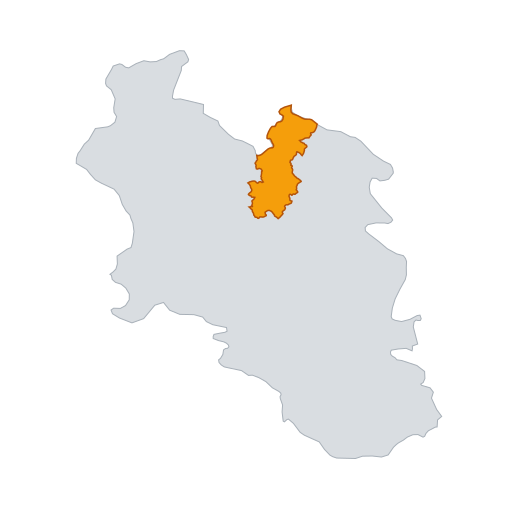 Raški on a map of Republic of Serbia (Equal Earth projection), rotated 175°
{"feature_id": "SRB-834", "entity_name": "Raški", "entity_type": "District", "adm_level": 1, "iso_a3": "SRB", "parent_name": "Republic of Serbia", "parent_adm1": "", "projection": "equal_earth", "projection_center": [20.586, 43.343], "detail": "fine", "context": "in_parent", "style": "filled", "palette": "amber", "viewbox_px": 512, "rotation_deg": 175, "n_neighbors": 0, "source": "natural_earth", "source_scale": "10m", "svg_char_len": 9203}
<svg xmlns="http://www.w3.org/2000/svg" viewBox="0 0 512 512"><g transform="rotate(175 256 256)"><path d="M291.6,187.3L305.0,191.3L311.2,195.0L314.4,199.8L323.0,203.0L337.0,204.5L346.7,209.5L352.2,217.8L361.1,215.8L373.4,203.4L385.4,200.2L397.4,206.1L404.0,211.0L405.1,214.8L402.4,216.4L395.7,215.6L390.3,218.0L386.1,223.4L385.5,229.2L388.5,235.4L392.8,239.7L398.3,242.0L401.3,245.2L401.7,249.4L403.1,250.5L400.0,252.4L396.7,255.2L394.8,260.1L394.4,268.0L383.8,274.1L379.8,275.3L378.1,279.4L375.4,291.0L375.8,299.7L377.3,304.1L378.0,307.7L381.5,312.2L384.7,319.0L386.9,328.1L391.6,335.0L403.5,341.9L409.4,345.9L413.8,351.7L417.2,357.0L427.0,364.0L426.4,368.9L424.3,373.8L422.1,376.1L417.3,382.4L412.6,386.0L404.9,397.0L392.5,397.6L389.6,398.5L384.9,401.6L382.7,407.1L384.9,411.6L384.8,416.1L382.6,424.8L385.7,434.2L390.1,438.5L390.8,441.0L390.1,445.4L383.7,454.4L381.7,457.7L375.2,459.3L372.9,458.5L369.5,455.4L366.4,454.5L358.6,458.1L350.7,460.3L344.5,458.6L338.3,458.4L334.0,459.9L330.8,460.5L324.5,464.4L314.4,467.2L309.7,466.6L307.9,462.9L306.0,457.7L306.9,455.4L313.6,451.3L314.3,447.3L323.6,428.5L325.3,422.4L325.4,420.4L323.0,419.1L317.8,419.1L295.1,411.5L296.1,402.7L289.4,398.0L282.2,393.8L281.0,389.2L272.9,379.7L267.1,374.4L259.6,371.8L253.2,367.9L249.4,365.5L247.6,361.1L247.6,358.5L245.7,356.0L242.6,356.3L237.4,359.8L230.9,362.8L229.8,365.0L232.1,370.2L233.8,373.5L233.0,376.7L231.0,380.7L218.6,389.5L217.2,392.6L219.5,397.6L218.0,399.9L207.6,403.1L207.9,400.4L207.3,396.1L201.3,391.4L192.9,387.8L174.3,375.5L167.1,373.9L160.7,372.5L151.6,366.6L146.9,365.5L141.6,361.3L130.3,347.1L120.7,339.4L114.1,335.5L112.3,331.7L111.9,327.8L112.1,326.5L117.2,321.0L121.0,320.2L126.0,320.0L129.2,322.8L133.5,323.4L135.9,319.8L137.2,314.6L136.7,308.1L126.5,292.8L117.7,282.2L116.7,279.9L118.6,277.9L121.7,276.8L125.0,277.7L133.6,278.5L141.9,277.5L144.8,274.9L144.8,271.4L141.8,268.2L132.1,259.4L124.6,251.8L115.8,245.9L109.2,243.5L107.3,240.5L106.5,237.4L107.3,231.5L107.8,224.1L109.4,219.4L115.4,210.6L121.1,201.2L124.7,192.3L126.6,183.9L125.9,181.5L123.0,179.8L116.7,178.0L108.1,179.5L100.7,182.6L97.8,182.8L96.9,179.1L98.0,177.4L100.3,177.6L102.2,178.3L104.3,176.6L105.5,171.6L102.6,154.2L108.1,152.7L108.2,150.1L108.8,147.9L114.4,150.9L122.4,151.0L129.4,150.4L130.4,148.7L130.4,146.2L128.9,144.3L126.5,142.7L124.7,140.3L120.0,139.2L105.3,132.9L98.1,126.3L98.4,119.2L100.5,115.4L103.1,114.0L102.3,112.7L94.1,109.5L91.2,104.9L93.6,99.1L89.4,87.3L85.0,80.0L89.4,76.9L90.1,72.4L90.5,69.9L92.3,69.9L99.5,66.9L102.1,64.5L103.7,61.7L105.4,61.0L110.2,64.0L115.3,64.3L121.0,62.4L125.3,59.7L130.4,57.4L132.7,55.9L135.7,53.5L141.7,46.3L148.5,44.8L157.5,46.6L167.3,47.3L174.6,45.6L193.2,47.7L197.1,49.4L199.7,51.2L204.6,57.3L209.2,65.3L215.7,68.9L223.5,73.3L227.4,76.5L233.3,86.0L237.9,90.7L239.4,90.4L241.0,89.2L242.1,88.3L243.3,89.1L243.4,92.0L243.6,98.4L242.5,105.3L244.2,111.7L244.3,113.8L243.1,115.6L243.3,117.3L244.9,119.0L251.2,123.3L257.0,129.9L263.8,134.6L270.0,137.6L273.9,137.7L280.4,143.1L293.2,147.0L297.3,148.3L300.1,150.5L302.1,153.1L302.3,155.8L300.3,157.1L297.6,160.8L296.5,165.3L294.4,166.5L292.4,166.5L290.9,167.9L291.3,169.8L293.0,171.7L295.6,173.3L300.7,175.0L305.8,177.5L305.7,179.4L304.7,181.6L298.3,182.3L293.6,182.7L291.4,183.6L291.6,187.3Z" fill="#d9dde1" stroke="#a8b0b8" stroke-width="1"/><path d="M246.5,356.2L245.2,355.8L243.1,356.0L241.1,356.9L234.6,361.6L232.7,362.3L230.0,362.4L229.3,362.9L228.8,364.3L229.0,365.5L230.0,367.5L230.7,369.9L231.2,370.9L231.7,371.6L232.4,371.9L233.3,371.7L234.1,371.8L234.8,372.5L234.4,375.1L232.6,378.7L230.4,382.0L228.7,383.6L227.7,383.6L226.7,383.4L225.8,383.4L225.1,384.1L224.3,385.8L223.8,386.5L223.2,387.1L221.6,387.6L220.1,387.6L218.7,388.1L217.3,389.8L216.5,392.9L217.9,394.3L219.7,395.4L220.5,397.7L218.7,400.1L214.6,401.8L207.7,403.2L208.5,399.0L208.4,396.3L207.0,394.5L201.9,392.0L197.5,389.0L195.2,388.0L190.7,387.6L188.7,386.9L183.5,382.0L183.8,381.6L184.0,381.4L184.0,381.1L184.2,379.9L184.7,378.6L184.9,378.3L185.3,377.7L185.6,377.0L186.0,376.4L186.5,375.6L186.9,375.1L187.3,374.7L188.7,374.1L189.0,374.0L189.4,373.9L190.3,374.0L190.8,373.8L190.9,373.5L191.0,373.1L190.9,372.8L190.5,372.1L190.5,371.9L190.6,371.7L190.9,371.3L191.6,370.8L192.0,370.3L192.8,369.3L192.9,369.1L193.3,369.1L194.2,369.2L195.2,369.2L196.2,369.2L196.9,369.1L197.2,369.0L197.8,368.6L198.7,368.3L199.5,367.8L202.5,367.3L202.0,366.7L201.4,365.8L201.2,365.6L200.3,365.2L199.7,364.6L198.5,364.2L198.3,364.0L198.1,363.8L197.8,363.1L197.6,362.9L197.2,362.5L196.3,362.1L196.1,362.0L196.0,361.8L195.8,360.6L195.8,360.4L196.1,360.1L198.0,358.8L198.4,358.4L198.5,358.1L198.6,357.0L198.6,356.7L199.0,355.9L199.2,355.2L199.5,354.6L199.8,353.9L201.3,352.0L202.2,353.0L202.5,353.5L202.8,354.1L202.9,354.3L203.4,354.6L204.0,355.2L204.2,355.3L204.9,355.6L205.6,356.1L205.9,356.2L206.2,356.1L206.4,356.1L206.8,354.5L206.9,353.7L207.1,353.4L208.2,352.6L209.1,352.2L209.5,351.8L209.8,351.5L210.1,350.8L210.6,350.2L210.9,349.4L211.0,349.2L211.3,348.9L211.7,348.6L211.9,348.5L212.8,348.5L213.0,348.5L213.3,348.3L213.4,348.2L213.5,348.0L213.5,347.6L213.5,347.4L213.8,346.9L214.1,346.6L214.1,346.4L213.9,346.0L213.5,345.7L213.1,345.2L213.1,344.9L213.1,344.5L213.3,343.9L213.4,343.5L212.5,343.1L212.2,342.7L212.1,342.2L212.7,341.4L212.8,341.1L212.8,340.9L212.8,340.7L212.7,340.5L212.2,339.8L212.1,339.1L211.9,338.6L212.0,338.3L212.2,337.8L212.3,337.5L212.6,336.3L212.6,335.7L212.6,335.4L212.5,335.1L212.2,334.7L211.7,334.3L211.4,333.9L211.2,333.3L211.0,332.9L209.9,331.6L209.0,330.9L208.5,330.1L208.2,329.8L207.4,329.5L206.3,328.5L205.6,327.9L205.1,327.2L204.5,326.6L204.5,326.3L204.8,326.1L206.1,325.5L207.7,324.6L208.1,324.2L208.6,323.7L208.8,323.0L209.6,321.7L209.7,321.2L209.6,320.5L209.6,319.9L209.8,319.0L209.9,318.9L210.1,318.7L210.2,318.4L210.1,318.2L209.7,317.8L209.3,317.2L208.9,316.3L208.8,316.1L208.9,315.9L209.1,315.7L209.6,315.4L210.5,315.0L211.4,314.3L211.5,314.2L212.0,314.1L212.9,314.4L213.2,314.5L213.5,314.4L214.1,314.2L214.6,313.6L214.9,313.4L215.2,313.5L216.0,314.2L216.4,314.5L216.7,314.5L217.0,314.5L217.2,314.4L217.4,314.2L217.5,314.0L217.8,313.3L217.9,312.4L217.8,312.2L217.4,311.1L217.3,310.7L217.3,309.8L217.4,308.9L217.4,308.7L217.1,308.3L216.9,308.2L215.4,307.5L215.6,307.1L216.0,306.0L216.3,305.6L216.7,305.4L217.3,305.2L218.5,304.9L219.3,304.4L219.6,304.3L220.0,304.2L220.9,304.4L221.1,304.4L221.9,304.2L222.2,304.0L222.8,303.6L223.1,303.2L223.2,302.8L223.0,302.3L222.6,301.5L222.6,301.1L222.6,300.9L223.0,300.4L223.2,299.8L223.4,299.5L223.7,299.3L224.5,299.0L225.8,297.9L226.0,297.6L226.0,297.2L225.5,296.1L225.4,295.9L225.5,295.7L226.4,294.9L226.9,294.2L227.8,293.6L228.5,292.8L230.7,291.3L232.0,292.8L232.5,293.2L233.5,293.8L233.9,294.2L234.1,294.5L234.1,295.2L234.2,295.6L234.3,295.7L235.0,296.5L235.3,297.1L236.5,298.9L236.8,299.2L237.4,299.5L238.4,300.1L239.1,300.3L240.0,300.3L240.6,300.2L242.3,299.3L242.9,299.0L243.1,298.8L243.2,298.5L243.0,297.8L243.1,297.0L242.9,296.7L242.3,296.1L242.2,295.9L242.2,295.7L242.3,295.3L242.5,295.2L243.6,294.8L244.7,294.3L245.2,294.2L246.2,294.2L247.1,294.4L248.6,294.6L248.9,294.4L249.4,293.8L249.7,293.6L250.2,293.3L250.4,293.3L250.8,293.4L251.0,293.5L251.5,294.2L251.7,294.4L252.1,294.5L253.4,294.8L253.4,295.0L253.6,295.2L253.7,295.3L253.8,295.5L253.8,295.8L253.9,296.0L254.2,296.3L254.6,296.9L254.7,298.0L255.0,299.4L255.2,299.7L255.5,300.1L255.7,300.5L255.7,301.0L255.8,301.9L255.8,302.2L255.9,302.5L256.2,302.8L256.9,303.3L257.4,304.1L258.6,305.4L257.2,305.5L256.7,305.9L256.1,305.8L255.7,305.5L255.3,305.6L255.2,305.7L255.2,305.9L255.6,306.4L255.6,306.7L255.7,306.9L255.6,307.2L255.5,307.4L255.1,308.1L255.0,308.4L255.0,309.0L255.0,309.5L255.0,310.1L255.3,310.9L255.3,311.1L255.1,311.4L254.4,311.9L253.0,313.0L252.8,313.3L252.1,314.5L253.8,314.9L254.7,314.9L255.1,315.0L255.4,315.3L255.6,316.0L255.8,316.3L256.2,316.5L257.0,316.7L257.9,317.5L258.1,317.7L258.2,317.9L258.2,318.1L258.1,318.3L257.0,319.3L256.7,319.5L255.7,320.1L255.2,320.5L254.9,321.0L254.6,321.5L254.5,322.0L254.5,322.3L254.5,322.9L254.6,323.1L255.0,323.8L255.2,324.3L255.5,325.3L255.5,325.8L255.5,326.3L255.6,326.6L256.0,327.2L256.3,327.8L256.4,328.0L257.7,329.5L255.8,330.4L255.5,330.5L254.8,330.5L253.6,330.8L252.1,330.9L251.2,330.8L250.6,330.6L250.1,330.3L249.8,330.0L249.5,329.5L249.3,329.3L248.6,328.7L248.4,328.5L248.2,328.4L247.8,328.4L247.7,328.5L246.9,329.2L246.7,329.4L246.1,329.6L245.2,329.7L244.8,329.6L244.5,329.4L243.9,328.8L243.5,328.7L243.0,328.8L242.3,329.1L242.8,329.9L243.2,331.0L243.9,331.9L244.0,332.2L244.1,332.6L243.9,332.9L243.7,333.3L243.6,333.6L243.7,333.8L244.1,334.5L244.1,334.9L243.8,335.6L243.7,335.8L243.5,336.8L243.1,338.3L243.1,338.5L243.2,339.0L243.1,339.5L242.4,340.2L242.4,340.4L242.4,340.5L242.9,341.2L243.1,341.8L243.4,342.2L244.9,342.9L245.1,343.0L245.5,343.0L245.7,342.9L246.4,342.6L246.9,342.5L247.1,342.5L248.0,342.8L248.2,344.1L248.3,345.0L248.3,345.3L248.1,345.7L248.0,346.1L248.2,347.1L248.3,347.4L248.7,348.0L248.8,348.2L248.8,348.3L248.7,348.7L248.4,349.2L248.2,349.4L247.6,350.0L247.4,350.3L247.2,350.9L247.0,351.0L246.4,351.5L246.1,352.1L246.1,352.5L246.4,353.4L246.4,353.6L246.4,353.8L246.3,354.9L246.5,355.7L246.5,356.2Z" fill="#f59e0b" stroke="#b45309" stroke-width="1.5"/></g></svg>